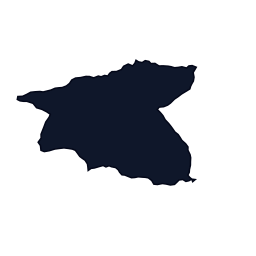 Clementina, São Paulo, Brazil (Robinson projection), rotated 244°
{"feature_id": "56859067B82643318735521", "entity_name": "Clementina", "entity_type": "district", "adm_level": 2, "iso_a3": "BRA", "parent_name": "Brazil", "parent_adm1": "São Paulo", "projection": "robinson", "projection_center": [-50.464, -21.574], "detail": "fine", "context": "isolated", "style": "filled", "palette": "ink", "viewbox_px": 256, "rotation_deg": 244, "n_neighbors": 0, "source": "geoboundaries", "source_scale": "gbopen_adm2", "svg_char_len": 1934}
<svg xmlns="http://www.w3.org/2000/svg" viewBox="0 0 256 256"><g transform="rotate(244 128 128)"><path d="M107.3,73.6L107.9,77.1L106.8,80.3L105.9,85.5L105.2,89.2L102.7,91.1L102.4,94.4L100.4,96.2L97.9,99.5L94.8,100.9L91.8,101.1L88.6,102.0L87.1,104.5L84.3,107.0L81.8,109.3L80.5,112.5L79.7,115.7L77.7,119.1L76.1,121.9L74.3,124.4L70.4,126.3L66.2,126.6L64.3,129.7L63.0,134.6L60.8,137.9L58.2,141.1L56.9,145.1L57.8,148.0L58.9,151.1L57.7,154.7L54.6,156.6L53.9,159.6L54.1,162.9L56.8,161.7L59.4,161.1L61.3,163.6L63.7,165.0L67.2,167.8L70.4,169.4L73.8,171.3L76.9,172.1L81.8,172.1L84.7,173.6L88.6,172.9L93.2,171.0L96.5,170.7L100.1,170.2L103.9,168.4L107.9,167.8L110.7,167.3L114.3,166.5L119.1,165.0L123.8,164.8L127.8,163.8L131.8,162.4L133.1,165.2L131.5,169.4L131.2,173.7L131.8,177.1L133.6,182.4L134.2,186.7L135.1,191.1L135.6,196.7L136.0,200.7L138.1,202.6L139.9,204.9L141.5,207.3L144.7,209.6L149.3,210.9L152.7,216.0L156.0,213.0L157.1,209.9L156.2,207.0L159.4,203.3L160.5,199.6L161.8,196.2L164.2,193.6L166.0,191.1L168.4,186.9L170.2,183.0L174.2,180.6L175.9,176.8L178.7,176.0L181.0,173.0L180.6,169.4L182.8,166.5L185.4,164.9L183.2,162.6L181.8,159.4L185.4,156.2L185.4,151.1L183.4,147.7L183.8,142.4L185.7,138.3L185.2,135.5L183.6,132.6L185.5,130.0L185.8,126.3L187.7,124.1L188.1,119.2L191.2,115.9L192.8,112.8L194.1,107.5L195.9,102.7L195.8,98.5L193.7,95.0L192.8,91.0L193.2,86.6L194.4,83.6L195.7,79.9L195.9,75.3L197.6,67.5L199.4,64.9L201.2,60.6L202.8,56.2L202.6,51.8L202.7,47.2L204.6,42.8L202.2,41.0L199.7,42.9L197.6,46.1L196.3,48.8L193.8,51.4L191.8,53.5L186.3,54.7L182.6,58.7L178.4,61.9L174.4,64.2L172.3,61.9L169.4,56.7L165.6,52.7L160.5,47.1L157.0,45.5L154.6,41.0L150.6,41.6L146.1,40.0L143.5,42.4L142.1,47.2L141.2,52.9L139.7,57.4L138.2,61.7L135.8,65.4L133.4,68.8L131.0,70.9L127.9,71.5L123.6,72.2L121.0,73.5L117.8,75.3L113.5,75.8L110.7,74.9L107.3,73.6ZM54.1,162.9L51.4,162.6L52.2,165.8L54.1,162.9Z" fill="#0f172a" stroke="#020617" stroke-width="1.5"/></g></svg>